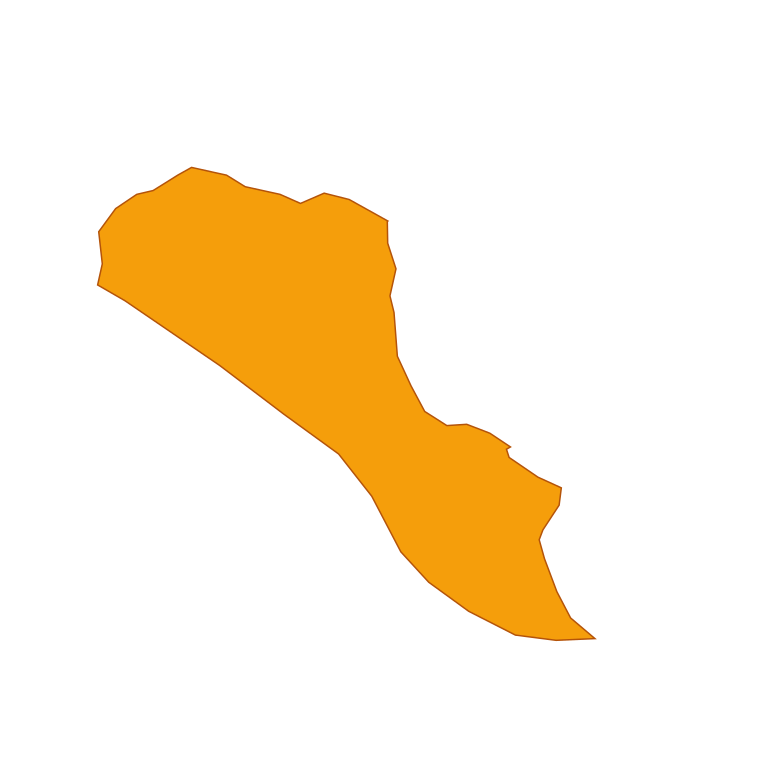 Ystad, Skåne, Sweden, rotated 36°
{"feature_id": "70781695B99189289928954", "entity_name": "Ystad", "entity_type": "district", "adm_level": 2, "iso_a3": "SWE", "parent_name": "Sweden", "parent_adm1": "Skåne", "projection": "natural_earth1", "projection_center": [13.95, 55.495], "detail": "fine", "context": "isolated", "style": "filled", "palette": "amber", "viewbox_px": 768, "rotation_deg": 36, "n_neighbors": 0, "source": "geoboundaries", "source_scale": "gbopen_adm2", "svg_char_len": 763}
<svg xmlns="http://www.w3.org/2000/svg" viewBox="0 0 768 768"><g transform="rotate(36 384 384)"><path d="M523.3,360.6L498.6,361.6L474.6,368.0L459.3,380.7L433.1,382.3L406.9,369.6L378.5,353.7L350.1,320.3L337.0,309.2L326.0,283.8L304.2,267.9L291.1,250.5L291.3,249.9L247.4,255.2L223.4,264.8L210.3,287.0L188.4,291.7L155.7,306.0L133.8,307.6L122.2,312.7L101.0,321.9L94.4,336.2L83.5,363.2L72.5,375.9L63.8,399.8L63.7,428.5L85.5,452.4L94.1,472.2L125.5,468.9L240.1,465.6L321.0,467.3L388.4,467.3L440.1,482.0L496.3,509.9L536.8,518.1L586.2,518.1L637.9,509.9L673.9,490.2L704.3,466.0L672.5,463.6L645.9,450.4L616.5,431.0L601.1,418.8L598.3,408.6L596.9,379.1L588.5,363.8L563.3,368.9L528.4,369.9L521.4,364.8L523.3,360.6Z" fill="#f59e0b" stroke="#b45309" stroke-width="1.5"/></g></svg>